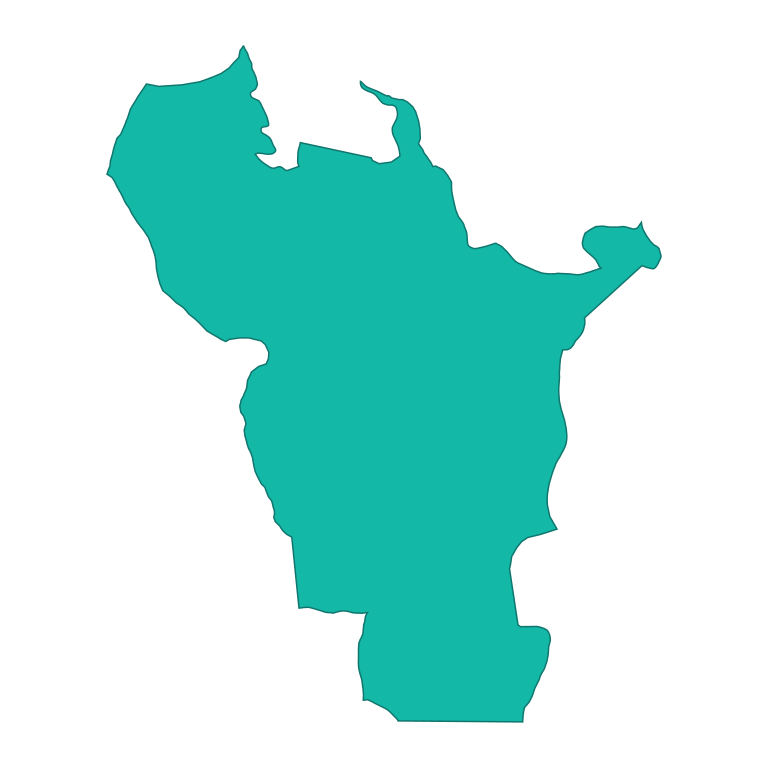 Monchy/Riviere Mitan, Gros Islet, Saint Lucia
{"feature_id": "8701671B97135267153779", "entity_name": "Monchy/Riviere Mitan", "entity_type": "district", "adm_level": 2, "iso_a3": "LCA", "parent_name": "Saint Lucia", "parent_adm1": "Gros Islet", "projection": "natural_earth1", "projection_center": [-60.94, 14.05], "detail": "fine", "context": "isolated", "style": "filled", "palette": "teal", "viewbox_px": 768, "rotation_deg": 0, "n_neighbors": 0, "source": "geoboundaries", "source_scale": "gbopen_adm2", "svg_char_len": 6076}
<svg xmlns="http://www.w3.org/2000/svg" viewBox="0 0 768 768"><path d="M243.7,46.1L243.3,46.1L240.1,50.6L238.8,57.5L233.6,62.8L229.0,68.1L221.2,73.5L212.1,77.3L199.8,81.8L181.6,84.9L158.8,86.4L146.4,84.0L143.2,88.9L137.9,96.6L135.3,101.2L132.1,106.2L131.3,107.8L130.5,108.8L129.7,111.4L127.4,118.4L126.0,121.5L125.7,122.8L121.0,133.7L120.4,134.7L117.0,138.2L113.9,147.8L113.1,151.0L112.7,153.3L110.5,160.6L109.9,166.5L109.1,168.0L107.0,174.2L111.7,177.2L112.5,178.1L114.7,181.7L117.0,186.5L117.9,188.0L119.4,191.0L120.4,192.4L122.9,197.4L124.3,200.6L126.2,204.0L129.1,208.0L131.9,213.7L137.5,222.4L143.5,230.1L146.1,233.9L147.3,236.0L148.3,237.1L151.0,244.1L151.5,246.0L153.1,249.8L154.6,254.4L155.2,256.9L156.0,261.9L156.5,269.1L158.0,276.6L160.0,283.9L162.8,290.7L170.0,296.6L176.2,302.7L183.0,307.3L186.2,310.7L188.6,313.8L194.5,318.5L199.2,322.8L206.8,330.8L212.3,334.2L217.9,337.3L220.9,339.3L225.7,341.5L229.3,339.4L239.5,337.9L248.9,337.9L261.3,341.0L265.3,344.6L268.9,352.4L268.4,358.7L266.2,363.9L258.6,366.5L251.3,372.1L250.5,374.3L247.6,380.2L246.7,387.4L246.4,388.5L245.9,390.1L244.2,393.7L243.7,395.4L241.1,400.2L240.4,403.6L239.8,405.7L240.0,407.8L240.8,412.2L243.5,415.9L244.0,417.0L245.8,422.8L245.9,424.3L244.2,430.0L244.9,435.5L246.5,441.4L247.3,444.7L248.6,448.5L250.7,452.5L252.7,458.3L252.9,460.3L253.9,465.9L255.2,471.5L257.6,476.7L260.9,483.1L261.8,484.4L263.0,485.4L264.1,486.6L264.9,487.3L266.4,491.7L268.6,497.0L271.6,500.7L272.7,504.7L273.0,506.3L274.2,510.2L274.5,512.4L274.5,513.7L273.8,517.6L275.4,521.7L279.8,526.1L281.1,528.3L282.8,530.6L283.8,531.7L287.0,534.5L291.4,536.9L291.8,537.3L299.0,608.1L305.0,607.4L308.7,607.3L311.7,608.0L321.5,610.9L322.9,611.5L326.3,612.4L330.8,612.7L333.3,613.1L337.2,611.9L339.5,611.4L341.9,610.9L343.4,610.9L346.2,611.1L351.2,612.2L351.8,612.6L355.3,613.0L362.3,613.2L367.5,612.5L365.7,615.8L365.3,617.4L364.8,621.4L363.7,624.8L362.9,633.7L362.5,634.9L361.8,636.3L361.1,638.1L360.3,639.4L358.9,643.0L358.5,649.0L358.5,658.0L358.4,661.4L358.5,665.8L358.9,669.1L359.6,671.9L359.9,673.4L361.5,678.6L362.2,682.2L362.3,683.8L363.1,689.2L363.4,693.6L363.5,695.6L363.3,700.2L367.5,699.7L368.1,699.9L371.5,701.4L372.7,702.1L375.5,703.6L385.0,708.3L387.7,709.9L390.3,712.2L395.4,717.4L396.8,718.7L397.6,719.9L398.1,720.9L522.6,721.9L522.9,718.5L523.1,714.9L523.7,710.9L524.5,707.6L529.2,702.0L530.8,698.9L532.4,695.6L534.7,688.5L539.2,679.5L540.0,676.9L541.4,673.8L544.3,668.9L545.9,664.3L546.9,661.4L547.9,656.2L548.2,654.1L548.7,646.8L550.1,641.4L550.3,639.6L550.3,638.2L549.8,635.5L549.3,634.1L548.3,631.9L547.1,630.2L544.1,628.5L540.0,627.1L536.8,626.5L520.5,626.7L518.0,624.9L509.5,568.7L510.4,565.1L511.7,556.5L516.6,547.9L521.5,541.7L527.7,537.5L540.6,534.4L557.0,529.1L549.8,516.6L547.4,505.3L547.1,499.3L547.4,494.2L548.8,485.5L549.7,481.9L552.2,473.5L553.8,469.0L554.9,466.3L555.8,463.7L557.5,460.5L559.5,457.4L563.8,449.4L565.0,446.7L566.0,443.9L566.5,441.1L566.8,438.1L566.8,435.1L566.2,428.7L564.5,420.1L561.1,409.0L559.4,401.3L559.0,396.3L558.7,390.7L558.8,387.1L559.5,377.5L559.3,372.5L559.6,369.8L559.8,365.2L560.4,358.8L562.7,349.9L567.4,349.7L568.6,349.2L570.7,348.1L573.4,344.9L575.6,340.7L577.0,339.4L579.5,336.5L581.4,334.0L582.5,332.0L583.5,329.5L584.8,324.0L584.8,319.3L584.4,318.0L642.0,265.6L646.6,267.4L652.5,268.8L654.1,268.5L655.5,267.4L657.7,264.3L660.0,259.4L660.7,257.8L661.0,256.6L660.9,255.3L658.9,248.2L659.0,248.5L656.7,246.4L654.0,245.0L650.5,241.5L646.9,236.4L644.8,232.8L642.9,229.2L641.7,224.9L641.4,222.3L637.6,227.7L636.0,228.6L633.4,229.1L626.3,227.1L623.8,226.6L622.3,226.6L618.1,227.1L609.5,227.1L602.7,226.1L595.8,226.6L590.3,229.6L585.1,233.2L583.3,238.0L582.4,242.8L582.5,244.5L582.8,246.0L583.5,248.0L586.7,251.5L593.3,257.2L595.7,259.6L598.5,264.7L599.0,266.1L601.1,268.2L598.6,268.8L597.0,269.6L594.7,270.2L589.1,272.2L587.2,272.6L582.2,274.2L578.7,274.7L576.8,274.8L569.6,273.9L560.2,273.5L558.5,273.3L554.3,273.8L549.8,273.9L545.8,273.6L542.1,273.1L535.3,270.7L517.6,262.8L515.5,261.4L513.2,259.1L506.5,251.1L505.3,250.1L502.1,246.8L498.9,244.8L497.6,244.4L496.4,243.4L495.1,243.3L490.2,245.0L485.7,246.4L477.5,248.3L475.2,248.6L473.4,248.5L469.9,246.9L469.0,246.3L468.1,245.1L467.7,243.8L467.3,240.6L467.0,235.4L466.7,233.1L466.3,231.4L464.4,226.7L463.9,224.9L463.1,223.1L460.4,219.2L458.4,216.7L455.7,209.8L453.3,199.5L452.1,193.5L451.6,190.0L451.5,185.9L451.5,182.7L451.3,181.6L447.7,175.5L444.0,170.7L442.9,169.5L438.5,167.5L435.9,166.1L432.7,166.5L430.9,162.5L427.8,158.2L427.0,156.7L424.3,153.5L422.6,149.5L418.5,143.8L420.3,138.6L419.9,129.1L418.6,121.1L415.6,111.6L412.6,106.6L407.5,102.1L402.8,99.6L398.9,99.6L392.1,98.1L388.9,95.8L387.0,95.9L385.6,95.5L377.7,91.4L370.8,88.7L367.3,87.2L364.4,85.1L361.7,82.3L360.5,81.5L360.4,83.4L360.9,85.5L361.7,87.1L363.1,88.5L364.7,89.6L368.3,91.4L371.2,92.3L373.8,93.7L375.6,95.0L377.0,96.5L379.8,100.2L382.6,103.1L384.1,103.8L386.8,104.7L389.1,105.1L390.8,105.0L392.8,105.3L394.9,106.1L396.1,107.6L396.8,109.5L397.3,111.7L397.5,113.7L397.3,116.1L396.8,118.4L392.7,126.7L392.3,128.0L392.3,130.8L392.6,133.1L393.3,135.3L398.1,145.7L399.4,151.3L400.0,156.1L391.3,162.1L379.1,163.7L372.4,160.5L371.2,157.8L300.3,142.6L299.7,145.7L298.4,150.0L298.0,152.4L297.9,154.5L297.7,160.3L297.9,163.4L298.9,166.4L288.0,170.3L286.4,170.5L285.3,170.1L282.6,167.9L280.2,166.7L278.2,166.8L274.4,168.2L272.2,168.1L270.4,167.5L265.5,164.4L261.9,161.8L258.6,158.7L255.2,154.2L257.5,153.1L262.2,153.4L264.1,153.8L267.6,154.2L269.8,154.2L272.3,153.8L274.5,152.4L275.4,151.4L275.6,150.3L275.6,149.6L275.2,148.6L273.1,145.0L271.4,140.7L270.3,138.6L268.9,137.2L266.4,135.3L263.1,133.5L261.4,132.2L260.9,129.8L261.3,128.3L261.8,127.5L262.5,127.2L264.6,126.7L266.2,126.6L267.9,125.9L268.6,125.2L268.6,123.8L268.4,122.4L266.8,116.5L260.4,103.0L259.3,101.4L258.5,100.6L253.8,98.5L251.7,97.3L250.7,95.7L250.4,94.1L250.6,93.0L251.2,92.0L255.5,89.1L257.0,85.9L257.4,84.4L257.2,83.1L255.9,77.1L253.6,71.8L252.5,69.8L251.8,67.9L251.7,63.9L251.2,62.5L249.2,58.8L247.4,53.1L244.6,48.5L243.7,46.1Z" fill="#14b8a6" stroke="#0f766e" stroke-width="1.5"/></svg>